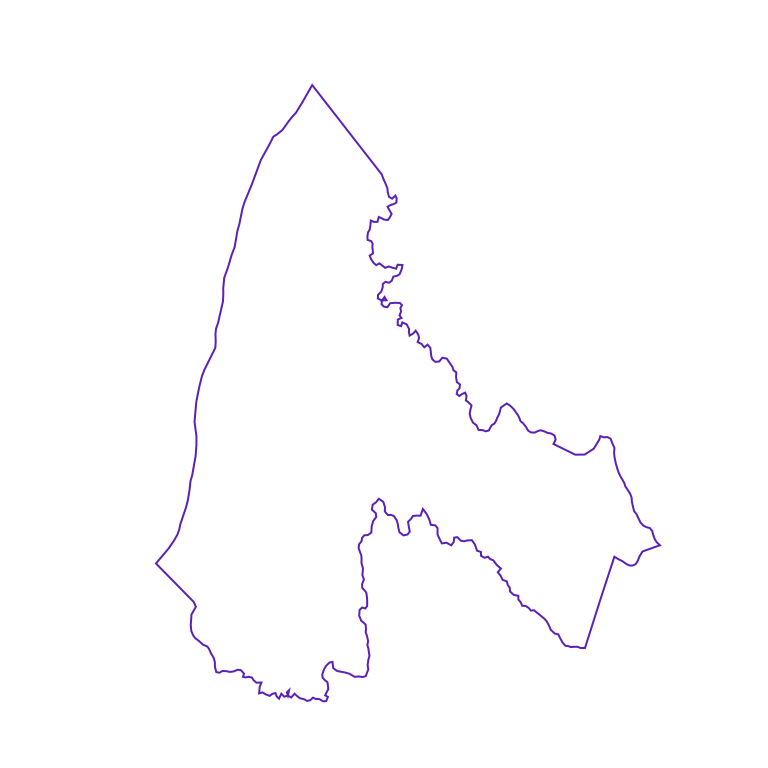 Itaubal, Amapá, Brazil, rotated 172°
{"feature_id": "56859067B9451495458128", "entity_name": "Itaubal", "entity_type": "district", "adm_level": 2, "iso_a3": "BRA", "parent_name": "Brazil", "parent_adm1": "Amapá", "projection": "natural_earth1", "projection_center": [-50.683, 0.49], "detail": "fine", "context": "isolated", "style": "outline", "palette": "violet", "viewbox_px": 768, "rotation_deg": 172, "n_neighbors": 0, "source": "geoboundaries", "source_scale": "gbopen_adm2", "svg_char_len": 5655}
<svg xmlns="http://www.w3.org/2000/svg" viewBox="0 0 768 768"><g transform="rotate(172 384 384)"><path d="M456.0,645.7L459.1,644.4L464.7,636.4L474.7,623.1L487.4,599.5L497.0,583.2L499.9,576.9L505.1,562.2L507.9,555.9L512.8,540.5L517.1,532.6L522.5,520.7L527.4,511.5L528.6,506.5L529.9,501.1L530.5,496.0L532.0,488.1L539.8,467.7L542.6,462.2L543.9,457.2L544.8,449.2L546.0,443.3L559.8,423.2L563.1,417.3L567.4,406.7L572.3,392.7L576.9,372.9L577.0,358.3L578.3,349.4L580.6,338.9L586.6,320.4L589.1,314.9L591.3,306.2L594.8,295.1L597.5,288.8L605.3,273.3L606.9,268.7L609.6,263.5L614.4,257.4L620.4,250.9L634.8,238.0L602.7,194.6L601.3,189.6L606.8,182.4L607.4,179.2L608.9,172.4L609.2,166.1L607.8,161.3L606.3,158.5L603.1,155.4L599.7,151.2L595.5,148.6L594.1,146.0L592.8,141.3L590.8,136.7L590.2,132.3L590.8,127.1L590.1,122.0L587.2,121.0L583.9,122.3L580.2,121.6L576.6,120.3L572.7,120.3L568.7,121.4L565.5,120.5L562.9,116.6L564.4,113.6L561.8,112.7L558.7,112.9L555.6,111.6L554.3,108.7L551.8,105.9L547.0,105.5L549.3,101.2L550.7,95.0L547.4,95.5L543.8,92.8L540.7,91.1L537.4,92.8L534.5,93.0L533.8,89.6L531.7,87.0L528.8,91.6L526.3,88.2L522.5,88.9L519.5,86.5L515.7,89.8L513.8,87.4L511.1,84.6L506.7,82.8L504.4,80.9L501.0,81.1L498.0,83.3L495.6,81.7L491.7,80.9L488.6,78.3L485.4,78.0L483.1,81.9L485.6,83.9L483.4,87.2L481.6,89.6L481.5,93.0L481.5,96.6L483.8,99.0L485.6,101.5L485.6,104.8L483.3,109.4L480.7,112.9L476.9,115.7L473.7,116.0L473.8,109.7L470.3,106.3L466.8,105.1L462.6,103.7L458.5,101.8L456.2,100.0L453.8,98.1L449.7,97.9L445.8,96.8L442.7,97.2L441.1,100.3L439.3,103.5L439.3,108.1L438.0,112.7L436.2,117.0L436.3,121.0L436.3,124.4L436.8,127.8L435.5,131.6L435.9,136.7L436.7,140.8L435.9,144.0L435.7,148.4L439.5,152.8L440.8,158.0L439.6,163.7L436.7,165.7L433.8,164.3L431.6,166.5L430.9,171.1L430.5,175.4L430.6,180.0L432.1,182.6L433.9,185.0L433.6,188.7L431.1,193.3L432.0,197.9L431.2,201.0L430.5,204.4L431.2,209.9L430.6,213.6L430.3,217.3L431.2,221.2L432.0,225.1L430.9,228.8L428.2,231.4L427.1,234.7L424.6,236.9L421.0,236.7L417.2,238.6L416.1,244.5L413.8,249.8L410.2,253.4L410.1,257.2L413.5,261.3L412.0,266.1L408.5,267.8L405.1,271.1L401.1,267.4L400.2,262.0L400.9,257.6L398.3,253.6L395.0,253.4L392.5,251.7L390.4,247.3L389.8,243.0L389.8,239.5L389.3,235.0L385.8,231.4L381.6,231.7L379.0,234.3L379.3,239.3L379.4,244.1L376.0,246.7L373.7,249.3L369.8,249.1L366.1,248.5L364.5,251.7L362.9,254.8L359.8,249.3L358.0,243.4L357.2,238.0L352.9,236.9L351.0,233.8L351.5,230.8L351.9,227.3L350.5,222.7L348.9,218.1L344.2,218.1L339.9,214.9L336.9,217.9L335.9,222.1L332.6,222.1L329.7,218.1L326.6,217.1L323.4,217.5L318.7,217.1L316.3,212.3L315.1,206.0L311.4,204.2L311.8,200.3L308.6,197.9L305.0,198.5L303.4,195.9L300.3,194.2L297.6,189.2L293.9,185.0L297.5,181.8L295.2,177.8L293.7,173.5L289.9,171.5L289.4,167.6L287.8,165.0L288.1,161.1L284.9,157.1L280.5,155.6L280.9,151.9L278.8,148.4L278.1,145.2L274.6,144.5L271.9,142.1L270.0,139.1L266.9,139.1L264.3,136.2L261.8,133.6L259.8,131.4L257.8,129.2L255.9,126.4L254.4,122.3L253.1,117.4L249.6,113.1L246.2,111.8L245.0,107.9L243.4,103.7L240.9,99.6L237.9,98.8L235.5,97.4L232.8,97.4L228.8,96.8L226.1,95.2L221.7,94.6L199.9,140.1L179.9,180.9L176.4,178.0L172.6,175.4L169.1,172.0L165.9,170.0L162.9,169.6L159.8,170.6L157.2,173.7L155.2,177.4L153.3,179.8L151.3,182.2L133.2,185.9L136.0,189.4L137.6,193.1L138.3,196.8L138.9,201.2L140.8,204.4L143.7,205.5L146.9,207.7L149.2,211.0L150.7,215.5L152.2,220.3L154.0,223.2L154.6,228.4L154.9,233.2L154.6,237.1L155.6,241.3L157.4,245.2L159.3,249.1L159.8,252.4L161.2,256.1L162.7,259.6L164.0,263.7L164.8,268.1L165.5,273.1L165.9,279.2L165.8,283.5L164.7,288.6L166.1,293.4L167.2,298.3L170.1,300.3L174.1,300.7L177.0,302.3L178.5,299.0L185.2,290.8L195.1,286.2L204.5,287.4L224.5,301.0L221.8,304.9L222.3,309.2L225.2,311.6L228.8,312.8L231.7,314.7L235.4,316.4L238.2,316.0L241.5,314.9L245.2,315.6L247.8,317.8L249.4,321.9L251.8,325.8L254.0,328.2L254.7,331.7L255.9,335.0L257.4,337.8L259.2,341.3L262.1,345.0L265.2,347.6L271.6,344.4L273.0,340.8L274.5,337.6L276.3,335.2L278.2,331.9L280.1,329.5L283.1,328.2L285.0,325.8L286.6,323.4L289.9,323.0L292.5,324.5L296.8,325.4L298.1,330.2L301.2,333.3L302.9,338.2L303.3,342.6L301.9,346.8L300.3,350.7L303.1,354.3L305.2,356.3L303.9,360.7L304.9,364.2L308.4,363.1L311.1,361.6L313.4,364.0L312.2,367.4L309.8,369.2L308.8,372.9L311.6,375.8L311.7,380.7L310.8,385.5L313.3,387.9L313.8,391.2L315.8,395.3L318.3,400.4L322.6,401.9L326.2,398.6L330.1,398.8L332.5,401.4L333.3,404.5L333.2,409.1L333.1,413.4L335.4,416.9L339.0,414.7L341.3,418.5L344.8,420.8L342.9,424.6L343.2,428.2L345.2,432.4L348.3,429.8L351.9,428.4L352.1,432.0L351.5,435.0L353.3,440.0L357.3,442.4L359.0,438.9L362.2,440.5L361.4,445.9L357.5,447.0L359.1,449.6L357.0,453.5L357.2,457.0L355.2,459.6L357.0,462.0L361.7,462.9L366.7,463.1L369.9,459.6L373.2,460.5L375.3,463.3L374.4,467.0L378.2,469.5L377.5,473.1L373.9,475.8L371.9,479.7L371.3,483.2L368.4,484.9L364.9,483.6L362.0,485.1L359.8,489.0L356.1,489.3L353.3,490.5L350.2,495.8L349.2,499.3L353.9,500.2L356.0,496.5L359.5,498.0L362.8,499.7L366.7,498.9L369.1,501.4L371.8,504.1L375.2,502.8L377.5,505.4L379.6,510.0L380.3,513.2L376.8,514.8L376.5,518.0L376.5,521.3L375.7,524.6L376.9,527.4L380.2,528.9L379.9,532.4L378.7,536.4L376.7,538.8L375.2,543.7L374.3,547.7L371.3,545.9L367.9,545.5L365.9,550.1L363.3,548.5L361.1,546.8L357.4,545.9L354.8,548.5L352.8,551.4L354.5,555.5L355.8,559.0L352.7,560.3L349.4,560.8L346.5,562.0L345.6,566.0L346.5,569.0L350.2,566.4L353.0,568.6L353.6,573.6L353.4,577.3L354.5,581.9L356.1,587.3L357.0,591.7L413.5,690.0L425.5,674.5L433.4,664.9L437.7,661.4L441.4,657.9L449.3,649.6L456.0,645.7ZM522.5,88.9L523.1,92.2L520.6,94.0L522.5,88.9ZM374.4,467.0L369.9,466.6L371.3,470.1L374.4,467.0Z" fill="none" stroke="#5b21b6" stroke-width="2"/></g></svg>